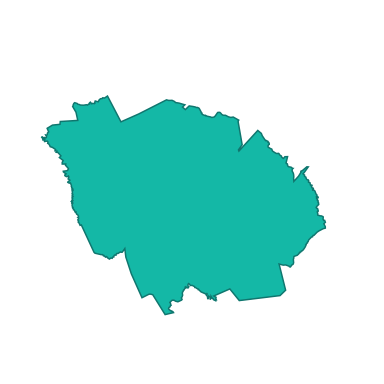 the district of Ignacio Zaragoza, Chihuahua, Mexico, rotated 334°
{"feature_id": "50627088B16246344889030", "entity_name": "Ignacio Zaragoza", "entity_type": "district", "adm_level": 2, "iso_a3": "MEX", "parent_name": "Mexico", "parent_adm1": "Chihuahua", "projection": "robinson", "projection_center": [-107.777, 29.732], "detail": "fine", "context": "isolated", "style": "filled", "palette": "teal", "viewbox_px": 384, "rotation_deg": 334, "n_neighbors": 0, "source": "geoboundaries", "source_scale": "gbopen_adm2", "svg_char_len": 5935}
<svg xmlns="http://www.w3.org/2000/svg" viewBox="0 0 384 384"><g transform="rotate(334 192 192)"><path d="M78.1,173.1L77.5,203.3L78.0,204.5L82.9,208.5L84.2,209.1L84.4,210.5L85.0,210.4L85.7,212.6L86.9,212.6L87.0,213.5L87.4,213.8L87.4,214.6L88.4,216.1L89.8,215.8L90.5,216.0L91.2,216.6L92.2,215.8L93.3,216.1L93.6,215.5L94.4,214.8L95.0,214.8L95.9,215.4L96.0,215.1L97.4,214.3L98.5,214.8L101.3,214.5L101.9,215.1L103.0,215.5L106.8,213.4L104.0,221.5L101.6,238.9L100.7,265.1L108.6,265.0L110.1,265.7L111.7,267.1L114.1,290.4L122.5,292.3L122.4,291.3L121.7,290.2L121.3,290.2L121.3,289.8L120.6,289.0L119.7,287.1L119.7,286.7L120.7,285.7L121.9,285.6L122.5,284.9L123.6,284.6L123.5,283.9L123.9,282.6L123.7,281.5L126.5,280.6L127.1,280.7L127.6,281.1L128.3,281.2L129.3,282.9L131.2,284.5L135.3,284.6L136.0,284.2L136.0,282.5L137.1,281.9L138.4,280.6L138.9,278.8L139.7,277.7L140.2,277.6L141.5,276.4L141.8,276.6L143.1,275.7L144.1,275.5L144.1,274.5L144.9,274.4L145.1,275.6L146.4,276.5L147.6,275.8L147.1,274.8L147.9,273.3L148.8,272.8L149.4,273.7L149.5,275.3L151.2,276.0L152.8,278.1L152.7,279.1L153.3,279.4L154.2,281.0L155.0,281.9L154.8,282.0L154.8,282.4L155.1,282.4L156.3,285.7L159.8,289.8L159.7,290.1L160.5,290.3L160.9,290.0L161.0,290.4L159.8,290.6L159.7,291.3L160.4,293.6L159.7,293.7L159.4,294.7L160.1,295.0L160.5,293.9L161.4,292.9L162.2,294.8L161.2,296.8L162.2,295.9L162.6,295.9L162.5,295.2L162.8,295.1L163.4,294.0L163.6,296.6L164.1,296.8L164.2,297.2L164.1,298.2L165.6,300.1L165.9,299.5L166.6,299.7L166.6,298.4L167.5,297.2L166.0,295.0L183.5,295.7L186.9,310.3L225.7,323.7L233.1,321.3L238.7,294.9L241.9,297.7L244.2,298.6L246.8,301.3L246.8,301.9L247.5,302.5L247.9,302.4L249.6,301.4L251.1,301.3L252.3,300.2L253.6,296.9L254.4,296.2L255.1,294.9L255.5,294.6L258.9,295.0L261.1,294.3L261.4,293.9L262.3,293.9L262.6,293.4L263.5,293.6L264.6,293.0L265.1,293.2L266.8,292.7L269.5,291.1L271.1,289.8L271.1,289.3L271.7,289.2L272.4,288.5L273.2,288.4L273.2,288.2L273.9,287.9L274.2,287.4L274.7,287.4L275.9,286.2L279.8,284.8L280.7,285.1L281.8,284.1L282.7,284.4L286.9,282.9L289.4,282.6L293.8,282.5L296.0,282.9L296.6,281.6L296.6,278.3L298.6,277.7L298.8,275.6L297.9,275.3L297.9,273.8L298.8,272.4L299.0,271.6L297.7,270.1L296.9,269.7L294.9,267.9L295.7,266.1L295.8,264.8L296.4,264.4L296.9,264.6L297.2,264.2L297.6,262.2L297.5,261.7L296.9,261.4L296.8,260.4L297.7,259.7L300.4,258.8L300.5,258.6L300.3,258.4L301.0,257.3L300.8,256.2L301.5,255.4L301.0,254.1L301.8,253.3L301.2,252.6L301.2,252.2L301.5,251.7L302.5,251.8L303.0,252.1L303.1,251.7L302.5,250.7L301.8,251.0L301.7,250.8L303.0,249.6L302.6,248.0L302.9,245.0L302.4,243.9L301.3,243.2L301.5,242.8L302.4,242.6L302.6,242.0L302.5,241.5L301.8,241.2L301.6,240.5L301.9,240.2L301.8,239.3L302.8,238.6L302.4,238.1L301.8,238.1L301.5,237.7L302.1,235.3L301.0,234.3L301.2,233.8L301.8,233.2L301.8,232.1L300.9,231.5L300.6,230.5L300.6,229.3L300.9,228.7L300.0,227.3L300.6,226.1L299.8,224.9L299.9,224.1L301.2,223.8L307.5,220.4L306.3,219.7L300.7,221.1L298.9,221.1L298.6,222.0L294.7,224.5L288.2,227.1L289.2,224.5L290.3,222.7L291.1,220.5L291.3,219.1L291.2,217.0L292.1,215.5L293.1,215.1L292.5,214.7L292.4,213.9L291.9,213.1L290.1,211.8L289.6,211.1L289.6,210.0L290.0,208.7L289.9,208.3L289.3,207.7L289.3,207.1L293.4,202.1L291.0,201.0L288.9,201.9L288.7,201.8L287.9,200.1L288.1,198.9L287.0,196.9L287.0,195.6L286.6,195.1L285.3,194.7L284.4,194.0L282.3,190.5L282.5,188.4L281.4,187.1L280.1,185.1L280.5,183.9L281.5,183.1L282.3,183.1L282.6,182.5L282.7,181.2L282.1,180.7L282.5,179.9L281.0,177.9L280.7,178.0L280.4,176.8L279.8,172.2L280.0,169.7L278.1,165.5L252.1,175.8L252.2,174.5L257.8,171.5L264.2,149.3L264.6,148.5L265.5,147.9L261.9,142.7L259.6,142.0L257.7,140.4L255.8,137.8L253.6,136.6L252.8,135.4L252.4,133.7L251.9,132.6L250.6,132.0L249.9,131.8L246.1,133.9L244.7,134.3L242.5,133.7L241.6,132.7L238.7,130.4L238.0,129.4L237.6,129.4L237.5,128.8L236.8,128.6L235.2,126.7L235.3,125.6L235.5,125.5L235.0,124.9L235.3,124.0L235.1,119.9L234.4,118.9L233.7,118.2L232.8,117.9L232.4,117.2L230.4,115.6L227.2,113.4L222.1,115.0L220.7,111.5L223.8,110.5L219.3,106.4L216.3,104.3L216.1,103.2L214.3,100.9L211.2,99.5L209.5,98.0L178.4,98.5L158.9,97.8L158.1,68.7L154.5,69.2L153.1,68.2L152.4,68.6L150.6,68.1L149.1,68.4L148.3,69.1L147.2,69.8L144.9,67.8L143.9,68.8L143.6,69.7L143.1,69.8L141.6,68.8L140.6,68.8L140.0,66.7L138.6,67.2L138.4,68.0L137.4,67.7L136.2,68.1L135.4,67.3L132.7,66.5L129.9,65.0L128.9,63.8L127.8,63.0L127.6,62.1L125.7,60.3L124.6,60.6L123.2,61.8L122.7,62.7L122.2,62.9L122.7,69.5L120.7,77.6L104.5,70.9L103.0,73.3L95.9,70.7L90.2,71.2L90.0,71.6L89.7,71.5L89.5,75.1L87.9,75.7L87.1,77.0L86.6,77.2L86.3,77.2L85.5,76.6L85.5,78.5L84.9,79.2L83.8,79.1L83.4,78.4L82.1,78.5L82.3,78.1L81.6,76.8L81.3,76.7L80.9,76.9L81.2,77.9L80.9,80.0L81.7,80.0L81.9,79.5L82.2,79.4L82.8,79.9L82.8,80.3L81.8,81.2L81.6,82.0L84.0,82.7L84.4,83.0L84.4,84.1L83.6,85.0L84.2,85.8L84.5,87.2L84.4,89.1L86.1,90.7L88.0,94.0L86.9,94.9L88.5,96.1L87.4,96.8L88.8,97.7L90.0,102.1L87.9,102.9L90.0,107.2L88.3,108.5L87.6,110.0L90.8,111.5L90.0,112.5L91.2,116.7L90.4,117.6L89.1,118.1L85.4,116.9L85.2,117.5L85.8,118.9L86.8,120.5L85.1,121.0L84.9,121.6L85.8,123.1L86.9,123.5L87.9,123.4L87.9,124.5L86.4,126.0L87.4,127.5L87.3,128.0L84.9,128.5L84.6,128.8L85.0,129.6L85.9,130.4L86.5,130.3L86.7,130.8L86.4,133.6L85.9,134.2L86.0,135.1L85.6,135.7L86.1,136.4L85.9,137.2L86.1,137.4L85.5,137.9L85.0,137.6L84.9,138.1L85.3,138.6L84.8,138.7L84.6,139.1L84.0,140.8L83.4,141.0L83.4,141.3L83.7,141.3L83.7,142.3L82.5,142.9L82.5,143.3L82.9,143.8L82.3,143.9L82.1,145.0L81.6,144.8L81.2,146.3L80.8,146.6L81.1,147.1L80.2,147.1L79.7,147.4L80.5,147.7L79.6,148.4L80.1,148.9L79.2,149.3L79.5,149.9L79.0,149.9L79.0,150.5L78.4,151.3L78.0,153.0L78.3,153.6L77.7,153.9L78.0,155.5L77.7,156.0L78.3,156.6L78.2,158.8L78.9,159.1L78.5,159.5L78.8,160.8L78.6,161.3L79.3,162.5L79.4,163.6L79.1,164.1L79.2,164.4L78.8,165.0L78.4,165.0L78.7,165.4L78.4,166.2L77.1,167.0L77.4,168.3L76.5,169.1L76.9,170.5L76.8,172.9L78.1,173.1Z" fill="#14b8a6" stroke="#0f766e" stroke-width="1.5"/></g></svg>